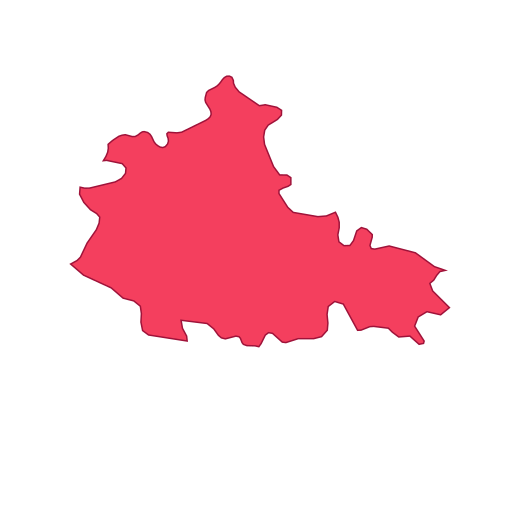 outline of Tarn-et-Garonne, rotated 39°
{"feature_id": "FRA-5347", "entity_name": "Tarn-et-Garonne", "entity_type": "Metropolitan department", "adm_level": 1, "iso_a3": "FRA", "parent_name": "France", "parent_adm1": "", "projection": "orthographic", "projection_center": [1.243, 44.083], "detail": "fine", "context": "isolated", "style": "filled", "palette": "rose", "viewbox_px": 512, "rotation_deg": 39, "n_neighbors": 0, "source": "natural_earth", "source_scale": "10m", "svg_char_len": 2362}
<svg xmlns="http://www.w3.org/2000/svg" viewBox="0 0 512 512"><g transform="rotate(39 256 256)"><path d="M441.2,218.5L438.3,222.0L426.0,221.4L417.9,229.1L409.9,229.4L404.3,228.8L391.8,236.6L388.9,239.3L384.3,247.5L381.7,249.8L354.1,238.4L345.8,241.8L343.9,249.8L348.0,256.7L354.1,262.9L358.1,268.8L357.7,277.4L352.8,284.0L340.8,293.7L333.7,304.5L330.6,306.4L317.5,305.7L314.0,307.7L313.0,311.6L315.1,320.9L315.3,324.7L311.8,326.4L305.3,331.4L301.8,332.6L299.7,332.1L295.7,329.8L293.7,329.4L290.8,330.9L284.3,339.7L280.6,341.4L276.7,341.3L269.0,339.2L260.5,339.2L238.2,353.1L244.4,358.5L252.5,361.9L256.0,365.4L222.2,385.0L214.8,385.3L208.2,379.8L203.2,372.9L197.7,367.8L189.3,367.8L179.3,372.4L163.6,371.9L134.1,379.4L117.0,378.9L119.8,372.1L120.3,367.4L116.6,352.2L115.4,336.1L113.4,329.2L110.1,324.1L105.5,323.3L98.2,324.2L88.5,322.7L80.0,319.0L76.0,313.2L80.2,311.1L83.9,308.0L100.0,287.0L102.7,280.3L102.6,273.9L99.6,269.4L93.9,268.4L79.7,275.7L77.4,278.0L76.7,273.0L75.4,268.6L73.4,265.2L70.8,262.3L71.6,257.6L72.2,255.2L74.1,249.2L75.9,246.4L78.1,244.0L84.6,241.1L86.9,239.2L88.2,236.0L88.7,233.4L89.5,231.1L90.8,229.7L94.1,228.2L97.0,228.1L99.7,228.9L104.8,231.4L107.6,232.1L110.3,232.1L112.9,231.7L115.3,230.4L116.7,228.1L116.8,224.6L115.7,221.9L113.7,219.9L111.3,218.5L109.8,217.1L110.0,215.0L117.0,210.1L120.3,206.6L131.6,182.2L132.5,179.4L132.8,176.7L132.0,174.1L130.1,172.2L127.8,170.9L120.2,168.3L118.2,166.8L116.8,164.7L114.7,160.0L115.0,157.2L117.9,150.9L118.8,148.1L119.1,145.5L119.1,142.8L118.9,140.0L119.1,137.3L120.1,134.7L122.2,132.9L124.8,132.3L127.9,133.8L129.8,135.9L133.6,137.9L139.6,139.1L164.0,137.1L167.9,132.8L167.9,132.7L178.6,127.3L184.2,126.7L187.1,130.5L186.7,136.4L183.1,146.6L183.6,152.7L187.0,158.7L192.4,163.9L213.4,175.5L223.4,178.1L229.1,173.6L233.8,173.2L238.1,178.5L237.1,181.6L234.3,186.1L232.5,190.4L234.5,193.0L250.1,198.2L257.5,198.7L279.3,186.5L285.5,180.6L290.2,172.0L295.3,174.4L299.4,177.4L302.9,181.7L306.3,188.1L311.5,192.8L317.9,192.6L322.4,188.7L322.1,182.7L318.5,173.1L320.0,167.6L325.2,165.5L332.9,166.2L334.5,168.3L337.9,176.1L340.9,177.7L344.0,175.9L353.2,164.4L377.9,153.2L401.3,152.0L412.1,148.1L408.7,152.4L408.6,157.5L409.3,162.8L408.3,167.9L415.3,172.0L438.8,174.4L436.5,185.5L423.9,191.7L420.4,201.3L423.4,210.7L440.2,216.3L441.2,218.5Z" fill="#f43f5e" stroke="#9f1239" stroke-width="1.5"/></g></svg>